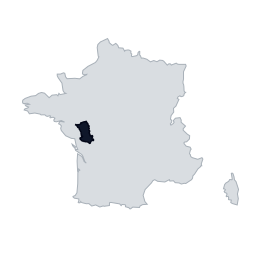 location of Deux-Sèvres within France, rotated 352°
{"feature_id": "FRA-5285", "entity_name": "Deux-Sèvres", "entity_type": "Metropolitan department", "adm_level": 1, "iso_a3": "FRA", "parent_name": "France", "parent_adm1": "", "projection": "albers", "projection_center": [-0.346, 46.535], "detail": "fine", "context": "in_parent", "style": "filled", "palette": "ink", "viewbox_px": 256, "rotation_deg": 352, "n_neighbors": 0, "source": "natural_earth", "source_scale": "10m", "svg_char_len": 5581}
<svg xmlns="http://www.w3.org/2000/svg" viewBox="0 0 256 256"><g transform="rotate(352 128 128)"><path d="M190.0,100.7L188.5,101.8L187.7,103.7L186.7,104.2L184.9,104.4L183.9,103.3L181.7,104.3L180.9,105.5L182.4,106.8L178.5,113.0L175.8,114.8L175.5,118.6L172.4,121.7L171.4,124.8L171.3,125.4L172.3,126.3L172.1,128.3L170.5,129.7L170.6,130.9L171.1,131.1L173.6,129.8L174.5,128.6L173.8,127.1L176.3,124.9L181.0,125.0L181.8,127.5L181.4,129.7L185.2,134.1L182.5,136.5L182.4,138.0L185.9,142.4L188.0,144.2L187.3,147.4L184.2,149.8L182.1,149.8L181.3,150.4L181.4,151.4L183.1,154.1L186.8,155.6L187.6,157.7L186.7,158.6L185.3,162.0L186.2,163.5L186.0,164.3L186.4,165.3L187.5,166.3L192.7,168.7L197.1,167.7L197.8,169.2L195.5,173.8L195.8,175.7L194.5,175.8L194.3,176.5L191.6,178.2L187.5,182.9L185.6,184.4L184.9,186.7L183.8,188.0L177.5,191.0L176.2,190.6L173.0,190.9L170.9,189.5L167.1,188.7L165.7,186.6L162.1,186.4L161.8,184.9L157.0,186.6L149.9,184.9L147.3,182.9L145.3,183.6L143.6,185.6L136.4,191.3L133.6,196.8L134.5,203.2L136.4,206.2L131.7,205.9L129.0,207.0L128.3,208.3L121.7,207.0L119.3,208.4L118.6,208.3L117.7,207.0L114.5,205.6L114.9,204.5L114.5,203.6L111.4,202.9L110.4,203.9L109.2,202.0L100.7,199.3L99.3,199.4L98.8,202.2L93.4,202.2L92.6,201.7L89.1,202.3L85.3,199.7L81.2,200.2L78.7,197.4L76.2,197.2L72.7,195.8L71.2,195.0L71.0,194.2L69.9,195.4L68.6,195.1L68.3,194.7L69.2,193.2L69.4,191.4L65.1,190.0L64.0,188.7L64.0,188.1L66.3,187.5L68.4,185.1L70.5,176.1L72.1,165.5L73.1,163.6L74.4,163.0L73.4,161.6L72.1,163.4L73.0,153.7L74.5,146.5L78.0,149.5L78.8,150.8L79.9,155.1L81.8,157.0L80.6,155.2L79.3,149.4L78.5,147.8L73.0,142.9L72.8,141.8L75.3,142.4L74.3,138.7L73.8,131.2L70.5,130.4L65.2,127.0L61.6,121.2L61.3,119.0L62.3,116.7L61.4,115.2L59.9,114.2L61.2,112.2L62.2,112.1L66.0,113.3L63.0,111.3L57.9,111.9L55.9,111.2L55.6,109.8L57.0,108.1L55.4,106.9L52.5,107.1L52.1,106.6L53.0,105.4L52.3,104.9L50.0,105.3L48.7,104.8L47.5,103.4L43.7,102.9L42.9,102.0L37.8,100.2L32.3,100.2L31.0,97.2L27.7,95.7L28.4,94.8L31.8,94.1L32.5,93.4L30.1,92.1L29.3,90.8L33.7,90.8L31.8,89.5L27.6,89.3L27.1,87.6L27.7,85.8L30.3,84.4L36.5,83.0L41.0,83.1L44.2,81.3L47.3,80.8L50.2,81.9L54.1,87.0L57.4,84.9L62.1,85.1L63.1,86.4L64.4,84.1L65.4,85.5L71.3,85.1L69.9,84.2L68.9,82.1L68.8,74.3L65.9,68.6L65.2,66.5L65.4,64.8L68.8,65.2L71.7,64.4L73.0,65.0L73.3,68.6L74.5,70.7L82.4,71.4L87.0,72.6L90.8,70.5L94.4,69.5L94.7,69.1L92.6,69.3L90.7,68.4L90.5,67.4L91.4,64.6L96.9,61.4L104.8,58.6L106.8,56.8L109.1,53.5L108.5,52.7L108.7,44.0L109.8,41.1L112.7,38.9L120.2,36.6L121.3,39.4L121.3,40.9L123.4,43.3L124.4,44.0L127.7,42.5L129.4,44.8L130.0,47.3L134.1,48.2L135.4,51.5L136.1,50.7L138.6,50.7L139.8,50.9L141.6,52.3L141.2,54.3L142.0,55.3L141.4,57.2L141.9,57.9L146.6,57.6L147.9,56.7L148.4,54.8L149.8,53.6L150.3,53.9L149.7,57.4L150.4,58.3L150.9,60.7L152.6,60.8L156.2,62.5L159.4,65.6L162.9,64.8L165.9,66.4L168.8,65.2L171.6,65.9L172.7,66.8L175.6,71.2L177.5,70.1L179.0,70.5L179.6,71.7L184.8,70.5L185.9,71.6L187.0,72.0L193.9,73.0L194.2,74.7L190.8,80.0L189.8,87.2L188.9,89.7L188.7,91.5L189.1,92.7L189.1,94.6L188.7,99.2L189.3,100.5L190.0,100.7ZM226.2,191.2L226.2,194.1L227.5,196.1L228.9,204.2L227.2,208.5L227.4,213.3L225.4,219.4L220.8,217.3L219.4,216.1L220.3,213.8L217.6,212.9L218.0,210.7L217.6,209.6L215.9,209.7L215.7,209.2L216.8,207.4L216.7,206.4L214.9,205.3L214.4,204.2L215.9,202.8L215.0,201.7L214.1,201.5L215.8,197.5L217.1,196.2L220.3,194.8L221.5,193.2L223.7,193.7L224.1,193.3L224.0,187.3L224.8,187.1L225.6,187.8L226.2,191.2ZM73.3,139.2L72.8,140.9L70.7,137.9L70.4,136.2L73.3,139.2Z" fill="#d9dde1" stroke="#a8b0b8" stroke-width="1"/><path d="M81.3,134.6L81.0,134.5L80.7,134.3L79.5,132.8L79.2,132.5L79.3,132.2L79.2,131.7L79.1,131.4L79.5,131.2L79.9,131.0L80.1,130.9L80.5,130.9L81.1,130.4L81.3,130.3L81.5,130.4L81.8,130.2L81.8,129.9L81.6,129.7L81.2,129.3L80.9,129.4L80.8,129.0L80.8,128.8L80.9,128.5L80.9,128.4L80.7,127.2L80.8,126.9L81.0,126.7L81.0,126.4L80.9,125.8L80.9,125.4L80.8,125.1L80.6,124.9L80.5,124.7L80.5,124.4L80.5,124.1L80.4,123.9L80.0,123.1L79.7,122.6L79.6,122.2L79.7,121.8L79.7,121.6L79.7,121.4L79.3,121.0L78.5,120.5L78.4,120.4L78.3,120.1L78.2,119.8L78.2,119.4L78.1,119.2L77.9,119.0L77.6,118.8L77.5,118.6L77.3,118.2L77.1,118.0L76.6,117.6L76.7,117.4L76.8,117.3L77.0,117.4L77.6,117.8L77.8,117.8L78.1,117.9L78.8,117.7L79.2,117.8L80.0,117.9L80.8,117.8L81.1,117.7L81.4,117.5L81.9,117.2L82.0,117.1L81.8,116.7L82.0,116.4L82.4,116.2L82.5,116.2L83.0,116.4L83.9,116.1L84.3,115.9L85.7,115.8L86.5,115.8L86.7,115.7L86.9,115.7L87.0,115.7L87.2,115.9L87.2,116.1L87.3,116.2L87.3,116.3L87.7,116.5L87.8,116.3L88.1,117.0L88.2,117.6L88.3,117.7L88.4,117.8L88.6,117.8L88.8,118.1L88.7,118.4L88.7,118.6L89.1,119.8L89.3,120.2L89.6,120.4L89.7,120.6L89.7,120.9L89.5,121.1L89.3,121.0L89.1,121.0L89.1,121.4L89.1,121.9L89.1,122.2L89.2,122.3L89.4,122.5L89.5,122.7L89.5,122.8L89.5,123.1L89.3,123.5L89.1,123.9L89.0,124.2L88.9,124.5L89.0,124.9L89.0,125.0L89.5,125.3L89.6,125.6L89.6,125.8L89.2,126.7L88.9,127.1L88.9,127.3L88.9,127.5L88.9,127.8L89.1,128.0L89.2,128.5L89.2,129.2L89.3,129.5L89.6,129.8L89.6,130.0L89.6,130.4L89.7,130.7L90.0,131.1L90.3,131.3L90.5,131.2L90.7,130.9L90.9,130.7L91.1,130.5L91.4,130.5L91.7,130.8L91.8,131.2L91.7,131.7L91.5,132.1L91.0,132.8L90.9,133.0L90.8,133.3L90.8,133.5L91.0,133.8L91.9,134.2L92.1,134.3L92.2,134.6L92.1,134.8L92.1,135.0L92.1,135.4L91.8,135.6L91.6,135.5L91.5,135.4L91.2,135.3L90.6,135.4L89.9,135.7L89.2,136.3L88.8,137.0L88.7,137.4L88.5,137.7L88.3,137.8L88.0,137.9L87.7,137.8L87.0,136.9L85.8,136.0L85.2,135.8L84.3,135.8L83.6,135.3L83.3,135.2L82.7,135.3L82.4,135.1L82.2,134.7L81.9,134.6L81.3,134.6Z" fill="#0f172a" stroke="#020617" stroke-width="1.5"/></g></svg>